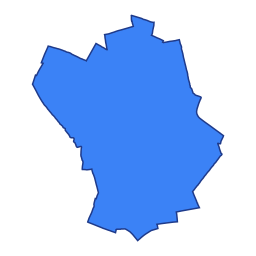 Chom Thong, Bangkok Metropolis, Thailand (Albers equal-area conic projection)
{"feature_id": "78962969B14183764465064", "entity_name": "Chom Thong", "entity_type": "district", "adm_level": 2, "iso_a3": "THA", "parent_name": "Thailand", "parent_adm1": "Bangkok Metropolis", "projection": "albers", "projection_center": [100.463, 13.687], "detail": "fine", "context": "isolated", "style": "filled", "palette": "blue", "viewbox_px": 256, "rotation_deg": 0, "n_neighbors": 0, "source": "geoboundaries", "source_scale": "gbopen_adm2", "svg_char_len": 5461}
<svg xmlns="http://www.w3.org/2000/svg" viewBox="0 0 256 256"><path d="M75.1,143.3L75.7,144.4L75.9,145.1L76.3,146.3L76.5,146.6L76.7,146.9L76.9,147.1L77.4,147.3L77.5,147.3L78.7,147.0L80.0,146.6L81.0,146.4L81.4,146.7L81.5,147.0L81.5,147.5L81.3,148.2L81.1,150.5L81.0,152.0L81.0,152.8L81.0,153.1L80.9,154.5L80.9,155.0L81.0,156.2L81.3,156.8L82.2,160.3L82.5,160.5L82.7,160.8L83.0,162.2L83.0,162.3L82.8,164.1L82.6,165.1L82.4,166.5L82.2,169.1L82.3,169.5L83.3,169.5L85.4,169.6L86.4,169.8L87.0,169.8L88.0,169.7L90.4,169.4L91.8,169.1L92.0,170.3L92.3,171.4L92.8,173.2L93.5,174.6L94.6,177.7L96.5,185.3L96.8,186.2L98.4,192.7L98.4,192.9L97.1,195.8L96.6,197.6L96.4,198.2L96.1,198.8L95.3,198.5L94.3,202.3L93.9,204.3L94.1,205.8L94.1,206.0L93.8,207.2L93.5,207.6L93.1,208.4L92.0,211.6L91.1,213.9L91.0,214.0L90.8,214.2L90.7,214.7L90.6,214.8L90.2,215.7L89.0,218.3L88.6,219.5L87.7,222.0L87.9,222.2L92.8,224.1L97.5,226.0L102.5,228.0L102.8,228.2L105.2,229.0L108.2,230.1L110.4,230.8L111.0,231.1L114.2,232.2L115.5,232.7L116.1,230.0L116.0,229.7L116.3,229.4L116.6,229.3L117.3,229.2L120.8,229.2L121.2,228.9L122.2,229.0L124.9,228.9L125.2,229.0L125.6,229.1L128.3,230.7L130.1,231.9L132.7,234.5L137.7,240.6L139.0,239.4L139.7,238.9L140.3,238.3L141.8,237.0L143.9,235.3L145.7,234.0L150.9,230.7L151.6,230.4L156.3,229.0L157.9,228.5L157.8,228.0L157.3,225.3L157.2,225.0L156.9,224.3L161.5,223.6L167.8,222.8L173.4,222.1L177.4,221.8L177.1,218.2L176.8,215.3L176.7,214.2L176.3,212.0L181.1,211.0L195.0,208.5L199.4,207.7L198.0,204.8L197.5,203.6L197.5,203.4L197.4,203.4L197.3,203.2L196.5,201.2L196.5,200.9L196.2,200.3L193.7,194.4L193.0,192.4L192.6,191.7L193.5,190.4L193.8,190.2L194.0,189.8L194.3,189.5L194.8,188.8L195.6,187.7L196.3,186.9L196.7,186.3L197.6,185.3L198.1,184.9L198.4,184.3L198.9,183.7L199.5,183.0L200.9,180.8L201.8,179.7L202.1,179.3L202.6,178.8L203.1,178.2L203.4,177.8L203.6,177.4L203.9,177.0L204.3,176.6L204.3,176.4L205.4,175.1L205.6,175.0L206.6,173.5L207.5,172.5L208.0,171.8L208.8,171.0L210.0,169.5L210.1,169.2L211.1,167.9L211.4,167.5L212.2,166.6L213.3,165.4L213.8,164.6L214.2,163.8L214.5,163.5L215.2,162.9L215.5,162.6L215.6,162.4L216.0,162.0L216.1,161.9L216.7,160.9L217.0,160.6L217.2,160.3L217.3,160.1L217.6,159.8L217.7,159.6L218.2,159.0L220.2,156.1L221.0,155.5L221.3,155.3L221.9,154.5L221.9,154.3L221.9,154.0L221.6,153.7L221.3,153.4L221.0,153.2L220.8,152.8L220.7,152.3L219.6,149.2L219.0,146.8L217.8,143.7L217.8,143.4L218.1,143.3L219.8,143.8L220.4,143.8L220.5,143.7L220.6,143.2L221.0,141.2L223.1,136.9L223.5,135.7L209.9,125.7L204.3,121.7L199.7,118.2L199.0,117.5L198.4,116.8L197.8,115.8L197.2,114.6L196.9,113.9L196.7,113.0L196.6,112.0L196.6,111.3L197.0,109.0L198.7,103.6L199.3,102.1L200.4,99.4L200.8,98.8L200.8,98.7L201.1,97.7L201.1,97.4L201.0,97.2L200.6,96.9L200.3,96.8L198.8,96.2L196.6,95.5L195.7,95.2L195.3,95.1L195.2,95.0L194.7,94.3L194.5,94.1L193.2,93.2L192.9,92.7L192.7,91.8L192.4,91.0L191.8,89.1L191.6,88.7L191.2,88.2L190.4,87.5L190.3,87.2L190.2,85.7L189.7,84.7L189.7,83.6L188.4,79.1L188.1,77.1L187.6,75.0L187.7,74.4L187.2,72.0L187.0,71.4L186.9,71.0L186.6,70.3L185.7,66.3L185.5,65.5L185.0,63.6L184.8,62.8L184.0,59.4L183.5,57.5L182.9,54.2L182.7,53.3L182.0,50.7L181.5,49.2L181.4,48.1L181.5,47.8L181.5,47.5L181.5,46.9L181.2,46.0L181.0,45.4L180.2,43.6L180.1,43.1L180.0,42.6L179.3,39.7L176.6,40.3L175.5,40.6L172.2,41.1L169.7,41.4L165.9,42.2L164.1,42.4L163.6,42.6L163.0,42.4L162.6,42.2L163.3,40.7L159.5,38.8L157.0,37.8L154.5,36.6L151.5,35.3L152.0,34.4L152.4,33.2L152.8,30.1L153.3,27.9L153.5,26.9L153.8,25.8L154.0,22.3L153.2,22.4L150.8,21.9L150.4,21.8L147.1,20.4L144.9,19.7L144.1,19.5L143.7,19.5L143.1,19.2L141.8,18.5L141.2,18.3L134.9,16.4L131.5,15.4L131.3,15.5L131.4,16.7L131.4,18.9L131.4,19.0L131.5,20.2L131.7,21.2L131.8,21.2L132.0,21.2L132.4,23.3L132.6,23.8L133.3,26.4L127.1,28.2L121.2,29.9L118.4,30.6L115.9,31.4L114.4,32.0L111.5,32.9L110.1,33.4L108.6,33.9L104.6,34.6L104.8,35.3L105.0,37.0L105.0,37.7L105.4,39.9L105.7,42.5L106.2,44.6L106.9,48.9L107.1,49.6L106.5,49.6L105.0,48.7L104.0,48.0L103.6,47.7L103.2,47.5L102.7,47.4L102.0,47.0L100.6,46.0L98.1,44.7L97.5,44.3L96.0,43.5L86.3,60.8L86.2,60.7L85.8,60.5L83.1,59.5L82.5,59.2L82.4,59.1L80.6,58.5L79.3,57.9L79.1,57.7L78.6,57.4L77.8,57.1L77.6,56.9L76.9,56.6L76.7,56.5L75.7,56.0L74.4,55.5L73.6,55.0L73.3,54.9L71.8,54.2L71.1,53.6L69.9,52.9L68.4,52.4L67.3,52.2L67.2,52.2L66.5,52.0L65.1,51.2L63.8,50.8L62.8,50.4L62.7,50.3L61.7,50.0L60.4,49.5L58.9,49.0L56.8,48.5L56.6,48.4L55.2,48.0L54.2,47.8L51.6,47.0L49.8,46.4L49.1,46.4L48.2,46.1L48.1,46.4L47.3,48.3L44.6,54.3L41.3,62.8L43.1,63.3L41.1,66.8L40.6,67.6L39.9,68.8L38.4,71.5L36.5,75.5L35.5,75.1L32.7,83.8L32.5,84.1L32.6,84.5L33.0,85.0L33.3,85.6L36.4,91.4L37.2,93.0L37.8,94.1L38.0,94.6L40.0,98.1L42.0,101.4L42.8,102.6L42.9,102.8L43.1,102.9L43.2,103.0L43.3,103.2L43.5,103.7L44.4,105.0L46.1,106.7L47.0,107.9L47.7,109.0L48.7,110.1L49.6,111.3L49.9,111.6L50.9,112.8L51.5,113.5L52.3,114.7L53.3,115.5L54.7,117.0L55.0,117.5L55.3,118.0L56.8,119.7L57.1,120.0L58.3,121.7L58.7,122.0L59.2,122.6L59.9,123.9L60.0,124.1L60.7,124.5L62.0,125.7L62.4,126.0L62.7,126.4L62.8,126.6L63.0,127.2L63.1,127.5L63.5,127.8L64.9,128.3L65.2,128.6L65.3,128.8L65.2,129.9L65.4,130.5L68.0,133.7L68.7,134.4L68.9,134.8L69.3,135.6L69.7,136.2L69.9,136.9L70.0,137.1L70.2,137.3L70.6,137.5L71.0,137.7L71.2,137.8L72.0,137.7L72.8,137.8L73.3,137.8L73.6,137.9L73.7,138.0L73.9,138.5L74.2,139.0L74.1,139.4L73.7,140.7L73.6,141.1L73.6,141.5L73.8,141.9L74.1,142.2L74.4,142.3L74.8,142.5L75.1,143.3Z" fill="#3b82f6" stroke="#1e3a8a" stroke-width="1.5"/></svg>